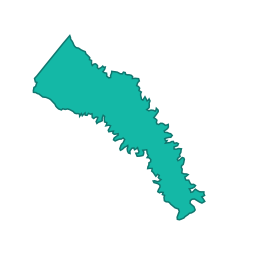 Campo Bonito, Paraná, Brazil (Robinson projection), rotated 125°
{"feature_id": "56859067B87655407329693", "entity_name": "Campo Bonito", "entity_type": "district", "adm_level": 2, "iso_a3": "BRA", "parent_name": "Brazil", "parent_adm1": "Paraná", "projection": "robinson", "projection_center": [-53.005, -24.903], "detail": "fine", "context": "isolated", "style": "filled", "palette": "teal", "viewbox_px": 256, "rotation_deg": 125, "n_neighbors": 0, "source": "geoboundaries", "source_scale": "gbopen_adm2", "svg_char_len": 4401}
<svg xmlns="http://www.w3.org/2000/svg" viewBox="0 0 256 256"><g transform="rotate(125 128 128)"><path d="M93.9,136.5L92.5,137.4L90.9,137.7L91.0,140.6L88.7,141.3L88.0,143.2L88.3,145.2L85.2,146.1L83.0,145.7L81.5,147.6L83.1,150.5L85.0,152.8L83.2,153.8L83.0,155.7L83.8,157.6L84.8,159.0L85.4,160.7L84.2,162.1L84.9,163.8L86.8,163.7L88.0,165.5L88.4,168.8L89.2,170.5L89.9,171.8L90.9,173.8L92.5,172.9L95.0,172.4L96.6,171.2L97.9,172.4L97.8,175.1L96.6,175.9L95.4,177.0L96.3,179.2L96.3,180.9L94.6,180.8L92.8,180.9L91.1,181.6L92.2,182.7L91.8,184.2L93.0,184.4L94.7,185.0L96.4,186.1L96.1,187.8L94.5,188.6L94.0,190.2L94.2,191.7L95.4,192.7L97.3,193.1L96.2,194.8L93.6,196.6L94.1,198.8L92.3,199.7L91.7,202.7L91.4,205.0L90.0,206.9L90.5,208.8L90.9,211.3L90.9,214.3L91.9,216.5L91.7,218.5L91.0,220.1L89.8,221.9L88.9,223.7L88.2,225.9L87.0,226.9L85.7,228.7L95.4,229.6L126.8,231.8L128.4,231.9L137.5,232.5L141.0,233.0L143.4,230.3L142.9,228.8L147.0,227.5L148.7,228.3L150.0,227.7L151.8,226.9L153.0,225.9L151.8,223.7L151.8,222.2L151.2,220.4L151.5,215.6L149.9,212.7L149.2,209.6L149.1,207.7L150.4,201.4L151.5,199.7L151.9,198.2L152.2,195.8L151.4,192.9L149.7,192.5L148.8,190.1L147.0,188.4L146.3,186.1L145.9,182.2L146.4,180.4L145.9,178.6L144.8,177.2L144.4,175.6L146.0,174.4L143.0,174.4L144.2,172.5L142.7,172.3L140.4,171.8L142.0,170.4L141.1,168.8L138.7,168.8L138.2,166.7L137.0,165.7L138.7,164.3L139.9,163.3L139.9,161.5L138.2,161.0L137.1,160.2L136.6,158.8L138.5,158.2L141.0,157.8L142.1,156.1L140.3,155.6L138.8,154.4L136.8,153.3L135.1,154.6L133.7,155.2L131.8,155.6L131.9,153.8L133.8,153.0L135.4,151.6L136.5,150.6L135.7,148.5L137.1,147.7L138.9,147.4L137.6,146.2L136.6,145.1L136.1,143.6L137.7,143.2L141.2,142.9L142.1,141.5L140.4,139.8L138.9,138.1L140.9,137.6L141.1,135.7L140.1,134.6L138.3,132.8L139.4,132.0L141.0,132.6L142.8,133.2L144.3,133.6L146.0,133.1L146.0,131.1L143.3,129.5L141.9,128.5L141.0,127.2L139.0,126.2L139.3,124.1L140.8,123.9L143.2,123.5L144.7,123.9L146.3,123.8L147.6,123.4L149.7,122.8L150.6,121.4L149.3,120.7L147.8,120.2L145.8,119.8L144.2,118.9L142.5,118.2L143.5,117.3L145.6,116.7L147.3,115.0L148.2,113.3L147.7,111.7L146.0,113.2L144.2,113.3L142.3,113.2L141.0,111.7L142.1,110.2L140.6,109.4L138.6,108.9L139.9,107.3L140.9,105.5L142.6,105.1L144.2,107.1L145.2,105.5L145.9,104.3L144.5,102.5L143.4,101.3L141.9,100.0L140.3,100.3L138.7,101.2L137.7,103.1L136.6,101.8L135.1,100.2L137.8,97.7L139.0,95.5L141.3,95.4L140.3,93.6L140.8,91.2L142.7,90.1L144.4,90.9L146.6,89.6L148.1,89.5L150.0,88.6L148.8,87.3L147.3,85.0L148.5,84.3L149.7,83.9L149.9,81.9L150.6,80.1L151.6,77.5L149.0,77.2L148.9,75.2L151.2,74.8L151.6,73.0L151.3,71.4L153.3,71.8L155.0,73.0L155.9,75.9L157.0,77.0L157.8,75.4L156.9,72.9L156.4,71.2L156.5,69.1L158.0,67.9L161.3,67.6L163.1,67.1L163.0,65.0L161.6,64.2L160.6,62.2L162.8,61.7L162.2,59.4L164.2,58.7L166.7,56.5L166.6,54.5L165.4,52.5L165.4,51.0L165.9,49.4L166.4,43.7L165.4,40.3L166.9,38.1L168.7,37.7L172.9,36.6L174.5,35.2L173.7,33.3L172.4,32.3L169.6,30.6L168.0,30.5L164.5,29.2L162.6,28.8L161.2,27.4L160.0,26.8L158.5,26.1L156.6,26.0L154.6,28.9L154.4,31.3L154.1,34.0L151.8,35.3L149.5,34.6L148.0,32.7L147.6,26.9L147.1,24.4L144.1,23.0L143.0,25.6L142.1,28.0L139.3,26.6L138.3,28.2L136.8,29.2L138.4,31.5L139.2,32.9L139.5,35.7L139.5,37.7L140.9,38.0L143.2,38.3L144.7,39.7L143.6,40.7L142.7,42.9L140.5,40.8L138.2,39.7L136.4,39.7L136.5,41.9L138.0,43.8L137.4,45.8L135.9,48.4L137.4,50.4L136.8,51.9L135.6,53.3L134.3,52.7L131.7,52.0L132.0,53.5L133.6,56.1L133.9,58.3L132.0,59.2L130.5,60.1L129.9,61.6L128.1,62.5L126.2,61.9L124.4,62.5L121.3,63.9L120.6,65.1L121.1,66.7L122.6,67.0L124.4,67.4L126.1,68.3L125.4,69.7L123.3,69.8L121.5,69.0L120.3,70.5L117.5,70.8L115.8,71.8L114.4,72.3L115.8,74.8L117.7,76.3L118.8,78.2L117.1,79.4L114.0,77.3L112.0,77.7L112.2,79.6L114.0,81.3L113.0,83.2L114.2,84.6L115.7,85.1L117.2,86.8L118.9,88.6L115.8,88.8L116.8,90.1L115.7,91.8L114.0,90.7L112.0,88.9L111.1,87.6L108.7,87.5L108.2,89.8L108.9,91.3L109.1,93.1L110.5,95.5L109.6,96.7L107.2,95.7L105.6,95.3L104.0,95.5L102.0,97.1L103.4,98.0L104.4,99.0L104.3,100.7L104.4,102.3L105.4,104.0L107.5,104.8L108.1,106.7L107.1,108.0L105.0,108.8L104.7,110.5L104.7,112.8L101.0,112.6L98.7,112.6L97.3,112.6L96.1,113.5L95.6,116.1L97.1,115.4L98.7,115.4L98.9,117.2L100.1,119.4L102.0,120.8L102.2,123.2L99.2,122.4L97.0,123.7L95.6,124.9L93.2,125.5L92.1,127.4L93.5,127.3L94.8,127.9L92.7,132.0L96.6,131.8L96.7,133.4L95.3,134.9L93.9,136.5Z" fill="#14b8a6" stroke="#0f766e" stroke-width="1.5"/></g></svg>